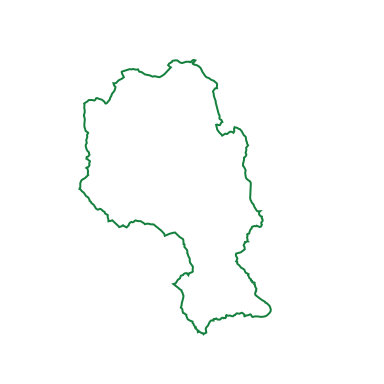 the district of Junin, Manabi, Ecuador, rotated 43°
{"feature_id": "8360857B31956195822204", "entity_name": "Junin", "entity_type": "district", "adm_level": 2, "iso_a3": "ECU", "parent_name": "Ecuador", "parent_adm1": "Manabi", "projection": "albers", "projection_center": [-80.172, -0.94], "detail": "fine", "context": "isolated", "style": "outline", "palette": "green", "viewbox_px": 384, "rotation_deg": 43, "n_neighbors": 0, "source": "geoboundaries", "source_scale": "gbopen_adm2", "svg_char_len": 6020}
<svg xmlns="http://www.w3.org/2000/svg" viewBox="0 0 384 384"><g transform="rotate(43 192 192)"><path d="M129.6,96.8L126.6,97.2L124.6,98.1L122.8,98.2L118.0,97.1L113.9,95.5L111.7,95.4L109.3,95.9L106.1,97.6L105.0,97.7L104.5,97.2L104.9,96.6L104.7,93.5L103.1,94.3L102.7,95.1L102.3,98.1L101.9,98.5L101.0,98.7L98.8,100.9L96.8,104.5L94.7,105.5L91.7,105.7L90.4,106.7L88.4,109.1L88.3,110.0L88.6,110.6L88.3,111.1L88.2,112.5L87.7,113.5L88.0,115.5L90.5,115.6L91.5,115.3L91.5,124.0L91.3,125.9L90.4,129.0L89.9,130.1L89.0,130.9L85.7,132.7L85.2,133.7L84.3,134.6L81.8,135.4L77.4,138.1L73.3,138.7L71.5,139.9L70.6,139.8L69.0,139.1L67.4,140.9L65.0,142.2L64.2,143.6L62.6,144.7L58.7,151.6L58.7,152.2L60.4,153.2L63.9,154.5L63.6,156.5L62.2,160.3L62.1,164.0L61.4,165.3L60.4,166.0L61.8,166.9L63.0,167.3L64.3,167.3L64.8,167.9L66.2,170.7L66.6,175.0L67.5,176.8L67.8,178.6L68.8,180.5L69.1,184.9L68.8,185.9L68.3,186.3L67.4,186.1L66.2,185.7L63.0,186.0L60.1,187.5L58.5,188.0L58.0,188.9L58.4,190.5L58.2,191.7L56.0,193.0L53.8,195.2L53.6,197.7L52.8,200.5L52.8,200.9L54.0,201.6L55.6,203.8L57.8,205.4L59.4,207.2L60.5,209.5L60.9,209.6L61.2,210.2L62.5,210.8L64.2,212.1L67.0,215.8L68.7,217.6L72.7,219.9L75.2,219.5L75.8,219.6L76.3,221.8L78.0,223.3L79.0,225.7L79.6,226.5L81.6,227.9L82.1,229.9L83.3,231.2L85.7,232.6L87.3,233.2L89.6,233.3L90.4,234.1L91.6,234.6L91.8,235.1L91.8,237.0L91.1,238.2L92.1,239.7L93.3,239.2L95.5,239.3L96.0,239.0L96.7,239.5L97.5,241.5L98.6,242.1L99.1,243.5L99.0,244.7L98.4,245.7L98.3,246.4L99.0,246.2L99.8,246.3L101.9,247.8L103.6,250.0L104.5,250.3L104.3,254.6L103.2,258.3L103.3,259.3L104.3,261.8L107.0,264.6L107.4,266.2L107.7,266.6L108.5,266.1L110.6,266.5L113.4,266.3L117.2,267.2L118.0,267.2L118.9,266.8L120.7,267.0L122.3,267.6L123.1,268.3L124.6,268.1L126.0,268.7L128.7,268.4L131.2,269.0L133.0,269.6L135.1,269.2L135.6,268.6L136.0,267.2L137.3,266.6L140.1,266.6L141.6,266.2L142.8,266.9L143.7,266.9L146.1,266.3L147.6,268.0L149.8,269.3L150.9,270.4L152.6,268.0L152.9,267.1L162.1,267.1L162.7,267.3L163.9,265.1L164.2,263.4L165.0,263.4L168.3,262.5L168.4,259.4L167.8,258.7L167.6,256.5L168.1,255.2L169.1,254.8L169.5,254.3L169.8,253.4L169.7,252.4L170.2,251.1L171.8,250.5L174.5,248.3L178.3,247.6L179.5,247.7L180.5,246.1L182.0,244.7L183.8,243.8L186.0,241.9L195.8,241.2L200.1,241.5L202.0,242.6L204.1,237.8L205.9,234.9L207.2,233.2L213.9,233.3L217.4,232.6L218.5,233.1L219.5,234.1L220.8,235.1L221.2,235.8L222.3,235.5L223.8,237.3L227.7,237.8L229.3,238.7L230.2,240.0L231.3,240.3L233.5,241.6L234.6,241.8L235.9,242.4L237.4,244.0L238.8,245.0L243.3,245.9L244.4,246.9L245.2,248.1L246.8,249.6L246.7,250.7L245.3,253.4L246.1,255.3L243.5,254.9L243.3,255.4L242.3,256.2L241.9,257.5L242.1,258.9L241.0,260.7L241.2,261.6L242.0,263.2L242.0,264.1L241.5,265.6L242.3,269.8L241.6,271.4L241.2,272.0L247.9,271.4L248.9,271.5L251.5,271.1L252.4,271.9L253.7,272.1L255.3,273.2L256.3,273.5L257.5,274.9L260.4,280.3L261.9,282.4L262.7,284.2L264.2,284.1L264.9,284.4L266.7,285.8L268.1,286.5L269.4,285.9L270.6,286.0L271.5,285.6L272.7,286.7L275.7,288.0L278.4,287.4L280.8,286.4L281.6,287.3L283.0,287.4L284.0,288.1L285.2,288.2L286.3,288.8L287.1,288.3L287.6,289.4L289.2,289.2L290.3,289.4L291.1,289.1L291.5,290.2L291.9,290.5L292.6,289.2L295.1,288.6L296.1,288.0L297.4,288.2L297.4,287.0L298.2,286.0L298.3,285.0L295.4,282.8L294.8,281.3L294.8,278.8L293.7,275.5L293.5,273.7L293.6,272.9L295.4,271.3L294.6,270.7L294.6,269.9L295.6,269.1L295.9,268.0L297.6,267.9L299.3,266.4L299.6,265.7L299.6,263.9L299.9,263.3L300.5,262.8L301.4,262.7L301.7,261.9L302.4,261.4L302.1,260.2L301.2,259.3L301.2,258.5L302.7,258.0L303.6,256.8L304.5,256.2L305.9,255.6L306.8,254.8L306.9,253.1L307.4,252.7L307.3,251.5L307.5,250.2L309.7,248.7L310.7,246.4L311.5,246.1L313.8,245.9L314.3,246.1L314.9,247.1L315.2,247.1L316.0,245.3L317.2,243.6L318.1,241.7L319.1,241.6L320.6,242.2L321.7,242.0L322.8,240.1L324.9,238.2L327.5,236.4L329.5,234.2L330.5,232.5L331.0,231.1L331.2,227.4L330.8,225.6L329.9,224.3L327.2,222.7L326.1,222.4L323.5,222.3L322.0,222.4L321.2,222.9L320.2,222.5L316.2,223.4L309.0,224.1L307.6,223.5L306.7,222.0L306.6,220.8L306.1,220.3L305.8,220.3L305.2,218.9L302.7,218.1L301.5,217.0L300.5,217.1L299.8,215.7L298.9,215.8L298.1,216.9L297.7,217.0L296.5,216.0L295.5,216.6L294.7,215.6L292.9,215.9L290.5,214.8L289.7,214.7L289.4,213.5L288.1,213.8L286.5,214.4L285.0,214.0L283.3,213.1L281.2,213.4L279.6,213.9L276.6,213.4L274.7,213.6L273.5,213.2L272.7,212.2L271.9,212.6L271.6,212.6L271.6,212.2L270.6,209.8L269.6,209.2L268.3,209.0L267.0,208.2L266.3,206.9L268.8,202.9L269.7,198.0L268.1,196.5L266.2,195.8L265.9,195.3L265.6,193.8L264.9,192.5L265.5,192.2L266.0,190.6L266.6,190.0L265.8,189.9L265.0,188.8L263.2,187.7L262.7,186.4L261.4,185.6L261.2,185.3L261.4,184.5L262.1,183.7L262.1,183.3L261.3,181.9L260.3,179.4L260.5,178.1L259.7,176.9L259.7,176.5L260.7,174.5L262.1,173.4L262.2,172.6L265.3,171.5L266.0,170.4L265.5,168.3L264.4,168.0L263.4,166.9L263.5,165.5L263.0,164.5L262.1,163.8L261.3,163.9L259.9,162.3L259.6,162.3L259.2,162.8L258.6,162.9L256.5,162.7L254.8,161.0L254.9,159.6L253.4,161.2L252.1,161.5L247.4,160.2L245.5,159.2L243.3,159.0L239.9,157.7L238.7,156.8L229.5,146.0L228.5,145.1L227.2,144.7L224.0,145.1L222.3,145.0L221.3,144.5L217.8,141.7L216.4,139.5L213.3,138.3L211.3,138.0L210.2,136.7L208.0,132.8L206.6,131.4L206.9,129.6L206.5,128.0L206.0,127.4L204.5,126.8L203.1,124.2L201.4,122.7L201.2,119.6L199.4,119.1L197.9,117.9L197.0,117.7L193.9,115.2L193.1,115.0L191.1,115.1L186.6,113.6L184.2,113.4L183.1,114.0L181.4,114.2L179.6,115.4L179.0,115.4L179.0,115.8L179.7,117.1L181.6,118.9L181.9,120.4L180.2,120.8L179.3,121.4L178.8,122.0L178.5,122.8L178.2,125.3L177.8,126.0L176.8,126.4L176.5,126.8L175.6,130.2L174.3,129.9L171.1,129.8L168.0,129.2L163.8,126.4L164.3,125.6L166.1,124.8L166.7,124.1L166.7,123.6L166.1,121.7L166.2,120.4L166.4,120.1L164.5,119.3L162.7,119.7L161.9,119.5L160.7,118.0L159.7,117.1L158.6,116.9L156.8,115.8L148.0,110.2L147.6,109.5L144.6,108.0L142.3,106.7L140.6,105.1L138.9,104.3L138.5,103.2L138.3,100.3L139.5,99.0L138.8,98.5L136.8,96.0L135.7,95.6L133.9,95.8L132.3,95.7L129.6,96.8Z" fill="none" stroke="#15803d" stroke-width="2"/></g></svg>